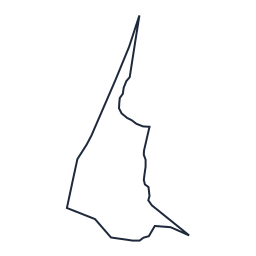 the district of Várzea, Rio Grande do Norte, Brazil
{"feature_id": "56859067B38668332786629", "entity_name": "Várzea", "entity_type": "district", "adm_level": 2, "iso_a3": "BRA", "parent_name": "Brazil", "parent_adm1": "Rio Grande do Norte", "projection": "mercator", "projection_center": [-35.357, -6.316], "detail": "fine", "context": "isolated", "style": "outline", "palette": "slate", "viewbox_px": 256, "rotation_deg": 0, "n_neighbors": 0, "source": "geoboundaries", "source_scale": "gbopen_adm2", "svg_char_len": 639}
<svg xmlns="http://www.w3.org/2000/svg" viewBox="0 0 256 256"><path d="M129.1,46.8L115.2,80.6L91.3,135.8L86.6,144.7L77.4,159.1L72.5,181.7L66.9,208.0L95.0,219.1L111.0,237.5L127.4,239.8L132.5,240.6L139.6,240.6L143.4,237.7L148.8,236.2L154.8,226.0L170.6,227.2L189.1,235.4L151.8,205.3L148.3,200.3L149.5,195.9L148.5,187.1L144.9,184.4L143.8,179.9L144.5,174.4L145.6,166.6L145.6,159.7L143.8,154.8L144.0,150.6L149.5,126.8L143.0,126.4L136.4,123.8L131.5,120.1L127.2,118.0L121.6,113.4L119.0,108.3L119.3,102.7L119.8,98.0L122.8,93.8L123.7,87.7L126.4,81.0L129.7,77.2L135.2,41.8L139.4,15.4L129.1,46.8Z" fill="none" stroke="#1e293b" stroke-width="2"/></svg>